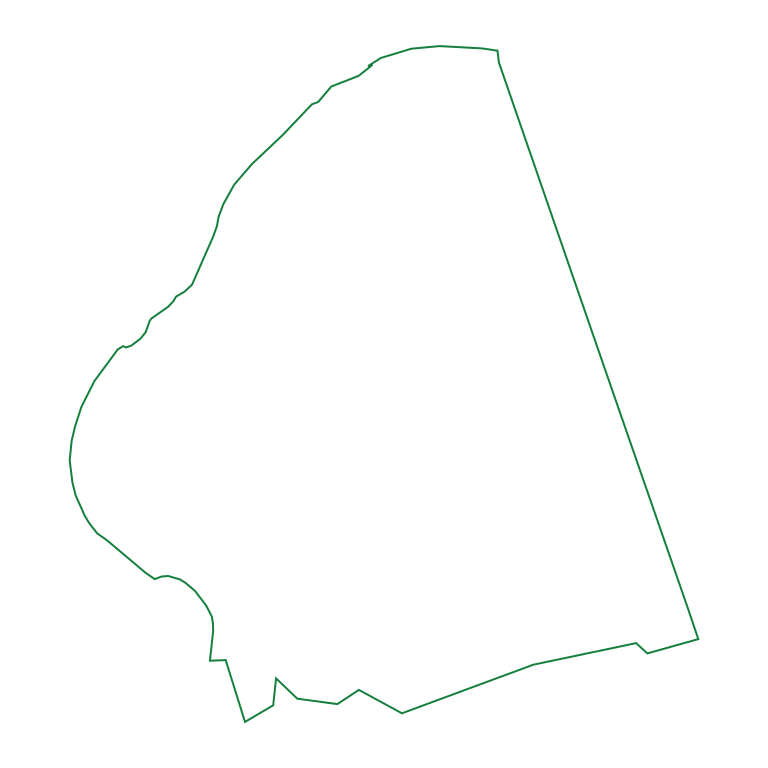 Ballard, Kentucky, United States of America
{"feature_id": "52423323B48879080073221", "entity_name": "Ballard", "entity_type": "district", "adm_level": 2, "iso_a3": "USA", "parent_name": "United States of America", "parent_adm1": "Kentucky", "projection": "mercator", "projection_center": [-89.072, 37.073], "detail": "fine", "context": "isolated", "style": "outline", "palette": "green", "viewbox_px": 768, "rotation_deg": 0, "n_neighbors": 0, "source": "geoboundaries", "source_scale": "gbopen_adm2", "svg_char_len": 957}
<svg xmlns="http://www.w3.org/2000/svg" viewBox="0 0 768 768"><path d="M497.5,50.7L482.0,48.4L439.6,46.1L411.4,48.7L381.0,57.9L368.0,66.1L372.5,64.8L358.7,75.8L331.3,86.5L318.2,102.0L311.9,104.3L283.1,134.6L252.0,164.0L234.3,184.5L223.3,204.2L218.5,217.2L216.9,226.3L212.8,237.5L192.0,284.7L184.5,291.7L176.1,296.6L173.4,301.2L168.2,306.7L151.3,318.6L149.7,320.9L145.6,332.3L140.3,338.8L131.3,345.6L125.8,347.5L123.2,346.1L117.7,349.5L94.4,381.1L87.9,394.0L81.3,407.2L75.0,426.6L71.6,441.1L69.7,460.5L72.5,482.9L75.7,495.6L84.9,516.0L89.2,523.2L97.2,533.4L107.1,540.4L145.2,572.5L154.7,579.1L161.7,576.5L168.2,576.0L179.8,579.4L185.4,582.8L194.9,590.8L206.2,605.6L211.9,616.7L212.9,623.4L213.2,631.0L209.9,660.7L225.7,660.1L245.0,721.9L273.2,705.3L276.1,678.4L297.3,698.7L337.3,704.1L358.9,689.9L401.9,713.3L533.3,664.7L636.1,643.1L647.3,653.4L698.3,639.1L688.5,610.1L607.1,375.4L498.9,62.5L497.5,50.7Z" fill="none" stroke="#15803d" stroke-width="2"/></svg>